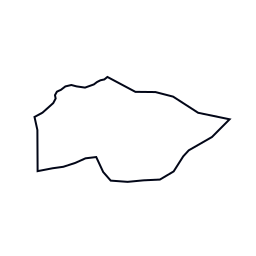 map outline of Kinkkale (Mercator projection), rotated 252°
{"feature_id": "TUR-3019", "entity_name": "Kinkkale", "entity_type": "Province", "adm_level": 1, "iso_a3": "TUR", "parent_name": "Turkey", "parent_adm1": "", "projection": "mercator", "projection_center": [33.764, 39.803], "detail": "fine", "context": "isolated", "style": "outline", "palette": "ink", "viewbox_px": 256, "rotation_deg": 252, "n_neighbors": 0, "source": "natural_earth", "source_scale": "10m", "svg_char_len": 604}
<svg xmlns="http://www.w3.org/2000/svg" viewBox="0 0 256 256"><g transform="rotate(252 128 128)"><path d="M104.9,227.3L93.5,205.1L88.0,178.9L84.0,171.8L72.6,158.0L69.1,142.4L73.4,126.7L76.9,111.0L83.3,95.3L93.8,90.8L110.2,88.8L112.3,78.2L111.1,67.1L111.1,54.5L113.0,43.9L114.9,28.7L154.1,41.2L167.4,42.5L169.0,51.4L174.8,64.6L178.4,68.3L181.8,68.7L184.5,71.6L184.8,73.7L185.0,75.9L186.9,81.3L186.4,87.4L183.5,91.9L179.7,99.6L180.0,109.0L181.3,112.7L181.9,116.6L181.5,120.5L182.9,124.2L160.1,146.2L153.7,165.2L143.9,180.6L120.8,199.4L104.9,227.3Z" fill="none" stroke="#020617" stroke-width="2"/></g></svg>